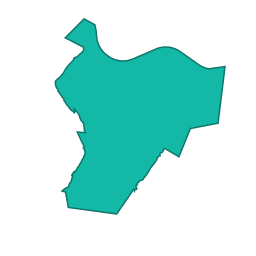 Tholen, Zeeland, Netherlands, rotated 286°
{"feature_id": "6326949B94220918271569", "entity_name": "Tholen", "entity_type": "district", "adm_level": 2, "iso_a3": "NLD", "parent_name": "Netherlands", "parent_adm1": "Zeeland", "projection": "albers", "projection_center": [4.074, 51.57], "detail": "fine", "context": "isolated", "style": "filled", "palette": "teal", "viewbox_px": 256, "rotation_deg": 286, "n_neighbors": 0, "source": "geoboundaries", "source_scale": "gbopen_adm2", "svg_char_len": 4930}
<svg xmlns="http://www.w3.org/2000/svg" viewBox="0 0 256 256"><g transform="rotate(286 128 128)"><path d="M86.6,158.0L87.8,158.5L88.5,158.9L88.9,159.0L89.1,159.0L90.4,159.3L90.6,159.3L90.9,159.4L91.3,159.6L91.8,159.7L92.2,159.8L92.5,159.9L93.7,160.4L93.9,160.4L94.7,160.4L95.0,160.4L95.7,160.7L96.3,160.9L97.2,161.3L99.9,162.4L100.9,162.9L101.4,163.1L102.3,163.3L103.6,163.8L105.6,164.5L105.8,164.5L106.9,164.2L107.0,164.3L108.2,164.9L109.2,165.3L109.4,165.4L109.5,165.5L110.1,166.2L110.3,166.4L110.3,166.5L110.6,166.3L110.8,166.2L111.0,166.1L111.5,165.8L111.9,165.8L112.2,165.9L112.4,165.9L112.7,166.0L112.9,166.1L113.0,166.2L113.3,166.7L113.6,167.0L113.9,167.4L114.0,167.5L114.4,167.7L115.1,167.9L115.4,168.0L117.4,168.4L117.6,168.5L117.8,168.6L118.5,169.1L114.4,184.9L144.7,188.1L157.4,213.2L205.2,205.7L213.8,204.3L207.1,189.3L207.0,187.2L207.0,185.5L207.2,183.8L207.4,182.1L207.8,180.5L208.2,178.8L208.8,177.2L210.5,172.5L210.5,172.3L215.5,158.1L216.0,156.5L216.5,154.9L216.8,153.2L217.0,151.6L217.2,149.9L217.2,148.2L217.1,146.5L216.9,144.8L216.5,143.2L216.1,141.5L215.6,139.9L214.9,138.4L214.2,136.9L213.3,135.4L212.4,134.0L211.3,132.7L196.3,114.4L195.3,113.1L194.3,111.7L193.4,110.3L192.6,108.8L191.9,107.3L191.4,105.7L190.9,104.1L190.5,102.4L190.3,100.7L190.1,99.0L190.1,97.4L190.2,95.7L190.4,94.0L190.7,92.3L191.1,90.7L191.7,89.1L192.3,87.5L192.9,86.0L193.6,84.4L194.5,83.0L195.4,81.6L196.5,80.2L197.6,79.0L198.8,77.8L200.1,76.7L201.4,75.7L202.8,74.7L204.3,73.9L205.8,73.2L207.4,72.6L208.9,72.0L212.1,70.8L215.1,69.3L216.6,68.5L218.1,67.7L220.8,55.7L197.4,42.8L193.4,62.9L193.1,62.9L191.0,63.9L189.2,63.5L187.7,62.7L185.7,61.4L184.4,60.5L182.7,59.7L182.4,59.5L182.3,59.4L181.9,58.6L181.7,58.3L181.5,58.1L180.4,56.9L179.9,56.6L179.1,56.7L178.3,56.8L177.2,56.3L176.5,56.0L174.3,54.7L173.7,54.4L172.1,53.6L170.9,53.0L167.6,51.8L162.6,50.6L161.2,50.0L160.6,49.7L158.5,48.7L157.8,48.3L156.7,47.4L155.6,46.8L154.9,46.5L154.3,46.1L153.7,45.7L153.4,45.5L153.2,45.5L151.4,45.6L151.2,45.7L149.3,46.6L147.1,48.0L146.9,48.1L146.2,49.4L146.1,49.7L145.9,49.9L144.5,50.6L144.3,50.8L144.1,50.6L143.2,52.0L142.6,52.6L142.1,53.3L141.0,54.6L140.5,55.3L139.3,56.4L138.9,57.3L138.0,58.5L136.8,58.9L136.1,59.6L135.8,60.3L135.0,61.0L134.5,61.5L133.9,62.2L133.7,62.5L133.2,63.2L132.9,63.7L132.6,64.3L132.4,64.5L131.3,65.7L130.9,66.3L130.4,67.2L130.2,67.6L130.0,67.9L129.4,68.4L129.3,68.5L129.3,69.0L129.0,70.2L128.9,70.4L128.8,70.7L128.7,71.0L128.0,71.7L127.9,71.8L127.8,72.0L127.7,72.2L127.7,72.3L127.8,72.3L128.9,72.5L129.1,72.5L129.3,72.4L129.5,72.3L129.7,72.2L129.9,72.1L130.0,72.0L130.5,71.7L131.1,71.3L131.6,71.1L130.9,72.4L130.8,72.7L130.2,73.3L129.8,74.1L129.1,74.9L128.8,75.3L128.4,75.8L127.9,76.3L127.5,76.9L127.3,77.1L126.8,77.4L126.1,77.9L125.4,78.3L124.7,78.9L124.0,79.4L123.5,79.8L122.8,80.5L122.5,80.7L122.2,81.0L122.1,81.3L122.1,81.5L121.9,81.8L121.4,82.3L121.2,82.5L120.8,83.1L120.7,83.2L120.8,83.3L120.7,83.5L120.4,83.7L120.2,83.8L119.9,84.0L119.6,84.2L118.7,84.6L118.0,85.0L117.5,85.3L117.3,85.4L117.1,85.4L117.0,85.5L116.6,85.6L116.2,85.7L116.1,85.8L115.7,85.9L115.3,86.1L115.0,86.2L114.3,86.5L113.9,86.7L113.4,87.0L113.0,87.2L112.0,87.8L111.8,87.9L111.7,88.1L110.1,80.3L107.3,82.8L106.1,83.9L105.0,84.7L104.7,85.2L102.6,86.7L101.5,87.8L100.2,89.1L99.5,89.8L98.5,90.2L98.4,90.4L98.1,90.9L97.8,91.1L97.4,91.4L97.2,91.4L96.3,91.4L96.2,91.4L96.2,91.0L96.2,90.9L96.1,91.0L95.6,91.6L94.9,92.2L92.8,93.5L91.8,93.6L90.9,93.8L90.4,93.7L89.7,93.5L89.0,93.4L87.9,93.5L86.9,93.2L86.0,93.1L84.8,92.6L84.2,92.5L82.8,92.4L82.5,92.3L82.1,92.3L81.2,92.1L80.9,92.0L80.5,91.8L79.9,91.6L79.3,91.5L79.1,91.5L78.6,91.5L78.4,91.4L78.0,91.3L77.5,91.0L77.3,90.9L77.0,90.8L76.7,90.6L76.3,90.5L75.9,90.4L74.6,90.1L73.5,89.9L72.6,89.7L71.7,89.4L71.4,89.2L71.2,89.2L71.0,88.9L71.4,88.7L71.5,88.6L71.4,88.5L71.1,88.2L69.5,87.6L69.0,87.4L68.3,87.2L67.7,87.1L67.3,87.1L67.1,87.1L66.9,87.1L66.9,87.3L66.9,87.5L67.0,87.5L67.5,87.6L67.5,87.8L67.1,87.9L66.4,88.0L65.7,88.0L64.9,88.0L63.7,88.0L61.9,88.0L60.7,88.0L60.3,88.0L59.2,87.3L59.1,87.2L56.4,86.9L56.2,86.9L55.3,87.0L55.1,87.0L54.8,86.9L54.7,86.8L54.5,86.7L53.9,85.7L53.7,85.3L53.5,85.0L52.5,84.3L52.2,84.1L51.0,83.1L50.4,82.6L49.2,81.9L49.2,85.6L35.2,92.5L42.2,140.8L70.9,150.5L69.4,151.6L69.7,151.6L70.3,151.6L70.6,151.6L70.8,151.7L71.0,151.9L71.1,152.1L71.2,152.4L71.3,152.6L71.4,152.8L71.5,153.1L71.7,153.3L71.9,153.3L72.4,153.0L72.8,152.8L73.1,152.6L73.7,152.1L74.1,151.8L74.2,151.7L74.3,151.6L74.7,151.6L74.8,151.7L75.0,151.8L75.2,152.0L75.4,152.1L75.6,152.3L75.9,152.4L76.1,152.5L76.4,152.6L76.5,152.6L76.9,152.6L77.0,152.5L77.5,152.3L77.9,152.2L78.2,152.3L78.4,152.5L78.7,152.9L79.0,153.1L79.2,153.3L79.5,153.5L81.2,154.4L81.3,154.6L81.4,154.8L81.6,155.3L81.8,155.7L81.9,156.0L82.1,156.2L82.2,156.3L82.3,156.4L82.5,156.5L83.0,156.7L83.2,156.8L83.5,156.9L84.2,157.0L84.6,157.1L85.0,157.3L85.5,157.6L86.0,157.8L86.3,157.9L86.6,158.0Z" fill="#14b8a6" stroke="#0f766e" stroke-width="1.5"/></g></svg>